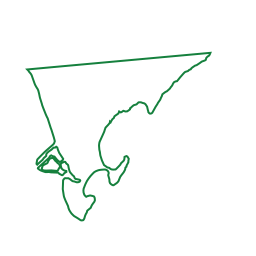 outline of Teliu, Palau, rotated 347°
{"feature_id": "81905179B53694522517045", "entity_name": "Teliu", "entity_type": "district", "adm_level": 2, "iso_a3": "PLW", "parent_name": "Palau", "parent_adm1": "", "projection": "mercator", "projection_center": [134.229, 6.987], "detail": "fine", "context": "isolated", "style": "outline", "palette": "green", "viewbox_px": 256, "rotation_deg": 347, "n_neighbors": 0, "source": "geoboundaries", "source_scale": "gbopen_adm2", "svg_char_len": 4253}
<svg xmlns="http://www.w3.org/2000/svg" viewBox="0 0 256 256"><g transform="rotate(347 128 128)"><path d="M66.5,51.5L43.0,48.3L43.9,49.8L44.2,50.8L45.2,52.7L45.6,53.6L46.0,55.0L47.0,63.8L47.3,65.4L48.0,67.8L48.7,69.7L49.0,71.2L49.1,74.5L49.0,78.5L49.1,80.0L49.5,85.1L49.5,86.3L49.9,89.4L50.9,96.0L51.5,99.1L51.9,100.5L52.7,110.3L53.0,112.5L53.6,120.3L53.7,123.0L53.7,124.4L52.6,126.2L51.6,127.1L50.2,127.9L43.6,131.4L41.3,132.7L37.0,135.4L32.8,138.1L32.3,138.7L31.0,141.7L30.8,142.4L31.3,143.3L32.0,142.9L33.5,142.0L37.6,139.8L38.3,139.2L39.1,138.4L40.6,137.6L42.0,136.8L42.5,135.2L43.1,134.5L44.2,133.8L45.4,133.1L48.5,131.9L49.4,131.4L51.0,130.4L52.6,130.7L53.8,130.1L54.7,131.1L54.8,133.3L55.4,136.8L57.9,143.5L57.5,144.3L55.2,145.5L53.8,145.7L52.7,144.4L51.8,143.1L50.9,141.4L49.9,139.3L49.0,138.9L48.1,138.4L47.0,137.4L45.8,137.8L45.0,138.6L45.0,139.6L45.6,140.2L47.3,140.1L48.5,140.7L49.7,143.5L50.8,145.0L51.6,146.5L52.4,147.2L53.0,148.4L53.0,149.7L53.1,151.0L51.8,151.6L50.1,153.6L49.2,153.8L47.8,153.4L43.9,152.1L38.8,151.1L37.2,150.7L35.5,149.9L35.0,149.2L34.9,148.0L35.6,146.9L36.6,145.3L41.2,144.2L41.8,143.8L43.1,142.0L44.6,140.6L44.6,140.0L44.0,139.5L31.4,146.5L31.1,147.2L32.4,148.8L33.4,149.7L35.0,150.8L37.3,152.2L38.0,152.5L41.1,153.1L43.0,153.9L49.9,155.8L50.5,156.7L50.9,157.4L51.7,157.9L52.7,158.9L53.4,159.2L54.3,158.9L55.1,158.2L55.8,157.7L58.1,156.9L58.2,156.0L57.1,155.5L56.3,155.0L55.0,153.8L54.2,152.5L54.0,150.0L54.3,147.9L55.4,147.2L57.4,146.8L58.4,146.6L59.2,146.9L59.6,147.7L59.8,148.6L61.1,150.2L61.3,151.1L61.2,154.1L61.3,156.1L61.4,157.3L61.7,158.3L63.5,161.7L64.0,162.3L64.5,163.0L64.8,164.9L65.4,165.8L68.5,167.2L69.4,167.7L69.6,168.6L68.8,169.4L67.9,169.6L66.8,169.6L65.7,169.3L63.8,168.1L62.0,167.3L59.8,164.6L58.5,163.5L56.5,163.1L55.7,162.8L54.9,162.8L53.6,163.7L53.0,164.4L50.7,172.9L50.2,179.5L50.2,180.6L50.4,182.3L50.8,184.8L51.6,188.6L52.0,190.6L52.0,192.7L52.3,194.7L52.9,196.6L53.7,198.6L55.0,200.7L55.7,201.7L58.6,204.5L60.3,206.3L61.0,207.1L61.7,207.5L62.4,207.7L63.7,207.7L64.4,207.1L65.1,206.3L66.5,203.8L67.7,202.2L68.8,201.1L69.7,199.4L73.7,197.4L74.7,196.0L75.5,195.0L76.8,193.8L77.5,193.2L78.4,192.5L79.4,191.2L79.7,189.8L79.8,188.4L79.5,187.1L78.3,186.3L75.9,185.2L73.0,185.3L71.8,185.6L70.9,184.3L70.4,183.1L70.2,180.9L70.5,178.8L71.2,177.0L72.4,175.3L72.9,174.5L73.9,173.1L76.0,170.5L78.3,168.3L80.9,166.2L83.4,164.5L85.2,163.4L86.2,163.1L87.3,162.8L89.6,162.5L90.8,162.5L92.1,162.6L94.9,163.0L96.0,163.2L96.8,163.5L97.8,164.3L98.4,164.9L98.9,165.9L99.1,167.1L98.9,168.0L98.4,168.8L98.1,169.7L98.2,171.7L98.3,173.7L97.9,176.2L98.1,177.7L98.5,178.4L99.1,179.2L100.1,180.2L101.1,180.5L104.4,179.2L105.4,178.7L106.7,177.7L109.4,173.9L110.7,172.7L113.8,170.2L115.4,168.4L115.9,167.7L116.6,166.0L117.8,165.3L118.2,164.2L119.4,162.9L120.6,161.5L120.8,160.8L121.0,160.0L121.8,158.2L121.0,155.7L120.2,155.0L118.8,155.2L118.1,155.4L117.4,157.6L116.9,158.4L116.3,159.0L113.1,160.9L112.4,161.9L110.5,163.2L107.7,165.0L106.6,165.6L104.2,165.2L102.8,164.7L101.8,164.0L101.3,163.4L100.9,162.7L98.9,161.7L98.1,160.7L96.3,158.7L95.3,153.7L94.9,148.9L94.9,148.1L95.2,145.1L95.2,142.7L95.8,138.7L96.1,137.7L96.7,136.1L97.3,135.0L101.9,129.0L103.5,126.9L104.2,125.9L104.8,124.8L106.2,122.6L107.7,121.6L109.5,120.4L111.3,119.0L111.9,117.7L112.4,118.5L113.5,117.2L114.8,115.9L116.4,115.1L117.4,113.6L118.7,113.0L121.2,112.0L121.9,111.7L123.1,109.9L124.3,111.1L125.2,111.1L127.3,110.2L128.2,110.7L129.1,111.3L130.9,111.6L132.0,111.2L134.1,110.3L134.5,109.2L135.3,109.0L136.1,108.4L138.6,107.1L141.6,106.9L144.0,105.4L145.4,105.6L146.6,106.0L147.6,106.7L148.5,107.2L149.5,107.7L150.4,108.8L151.4,111.5L151.4,115.1L151.5,116.2L151.4,117.1L152.0,118.3L152.6,118.9L153.4,119.1L154.3,119.0L155.1,118.6L159.8,113.4L161.8,111.5L162.9,110.2L163.8,109.4L165.7,107.7L167.3,105.5L167.9,104.9L169.1,102.9L171.0,102.0L172.6,101.3L174.1,101.0L177.7,99.0L178.8,97.9L179.8,97.2L180.8,96.3L181.7,95.1L183.0,93.8L184.7,93.3L186.3,93.4L190.4,90.2L194.3,87.4L195.7,86.5L196.5,86.2L199.2,86.0L200.8,85.1L202.4,84.9L203.0,84.2L204.3,83.5L207.4,82.3L209.0,82.2L212.5,80.9L214.8,79.9L218.0,79.5L219.1,79.1L220.0,77.4L220.8,76.8L221.6,76.3L223.4,75.6L224.3,74.6L225.2,73.3L66.5,51.5Z" fill="none" stroke="#15803d" stroke-width="2"/></g></svg>